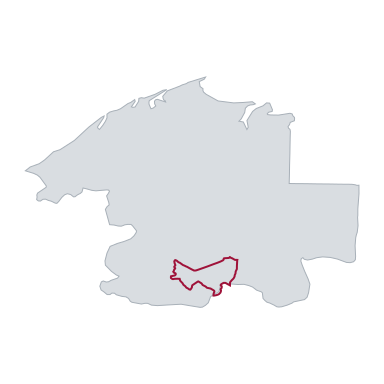 Sèbè-Brikolo, Haut-Ogooué, Gabon shown in context, rotated 91°
{"feature_id": "22940354B60180935649619", "entity_name": "Sèbè-Brikolo", "entity_type": "district", "adm_level": 2, "iso_a3": "GAB", "parent_name": "Gabon", "parent_adm1": "Haut-Ogooué", "projection": "equal_earth", "projection_center": [13.691, -0.557], "detail": "fine", "context": "in_parent", "style": "outline", "palette": "rose", "viewbox_px": 384, "rotation_deg": 91, "n_neighbors": 0, "source": "geoboundaries", "source_scale": "gbopen_adm2", "svg_char_len": 6298}
<svg xmlns="http://www.w3.org/2000/svg" viewBox="0 0 384 384"><g transform="rotate(91 192 192)"><path d="M259.9,32.6L259.7,36.3L256.5,45.5L255.0,52.6L254.6,60.2L255.5,66.2L257.0,70.5L258.0,75.3L257.3,78.6L255.7,80.0L256.8,81.6L259.1,82.0L263.0,80.6L269.0,78.1L276.9,74.4L282.1,72.5L290.7,73.7L295.2,75.1L297.6,77.6L300.1,88.5L301.4,90.1L303.4,94.7L305.2,100.3L305.5,103.1L305.3,105.1L303.6,108.1L301.6,112.5L300.9,115.1L299.3,117.1L297.2,119.1L291.5,119.9L290.6,121.0L289.0,125.7L286.0,129.7L284.6,133.4L283.4,138.4L283.7,144.6L283.1,153.6L282.4,159.6L284.0,161.7L290.8,163.2L292.1,164.4L293.9,168.1L296.3,171.6L302.5,173.8L305.0,176.5L306.9,179.5L307.2,181.9L305.8,191.6L304.4,200.9L304.9,208.0L305.4,214.7L306.2,224.6L305.8,230.6L304.1,234.3L304.1,237.1L304.9,240.6L303.3,250.2L302.3,251.8L299.5,253.6L298.0,256.2L297.6,260.2L296.1,265.8L294.5,267.8L294.5,270.4L296.0,272.2L296.0,275.1L293.2,278.6L291.5,281.2L287.8,282.5L283.5,281.1L282.5,279.2L283.5,276.2L283.2,273.8L281.7,271.3L279.4,264.9L277.4,263.5L276.3,266.2L272.8,271.1L266.7,277.3L262.4,277.8L254.5,275.9L247.8,272.9L244.7,265.6L242.8,259.5L239.9,252.4L236.7,249.1L233.3,247.0L231.8,246.8L227.0,250.7L225.5,252.3L225.5,255.6L226.0,258.7L226.7,260.2L227.4,262.1L227.3,265.2L226.4,269.3L226.1,273.8L210.9,278.3L208.2,276.7L206.3,274.6L204.0,275.0L197.4,277.3L195.0,275.7L192.6,274.5L191.5,275.5L191.4,277.4L192.5,288.1L192.1,292.1L190.7,297.4L189.9,301.0L193.9,302.0L195.4,303.7L196.8,306.4L198.8,308.9L198.9,310.4L196.7,313.2L195.9,316.6L197.0,319.3L199.7,322.1L203.7,325.0L205.7,326.9L205.5,328.6L203.7,332.4L202.9,335.5L201.7,338.3L201.9,340.9L203.7,343.4L203.6,345.5L202.3,347.2L199.8,346.8L197.7,347.1L195.8,346.4L189.9,338.0L188.6,337.7L180.0,344.2L177.8,346.9L176.1,350.7L173.7,359.0L169.8,354.2L166.4,345.3L162.5,339.9L154.2,331.2L152.0,324.7L142.5,310.5L128.9,296.3L119.0,284.0L117.5,281.2L119.2,281.6L128.7,287.7L130.0,287.0L131.1,285.6L127.0,282.4L123.0,279.9L119.4,278.3L115.7,278.4L113.6,275.8L112.3,271.8L111.6,268.5L110.0,264.9L104.7,257.6L103.5,254.8L100.6,250.9L102.4,250.4L107.9,254.1L108.4,252.6L108.0,250.4L102.3,246.9L99.3,246.7L98.6,244.3L99.0,241.4L95.0,230.7L90.8,222.8L90.1,219.0L101.4,236.3L102.9,236.6L104.9,236.5L109.5,234.5L108.7,232.2L106.6,229.7L104.5,230.9L101.9,231.1L100.5,230.1L99.9,228.3L102.5,219.9L101.3,220.3L100.5,221.8L99.0,222.5L96.8,222.9L91.3,218.4L86.4,206.2L85.1,203.7L83.7,199.5L82.5,197.8L76.8,180.4L79.0,181.7L81.5,186.7L86.5,185.7L88.5,182.8L90.2,182.9L91.9,182.2L94.1,179.5L100.5,167.5L102.2,151.8L101.6,142.5L100.7,133.2L102.8,130.2L103.6,132.2L104.0,135.5L105.0,137.9L107.3,140.1L111.6,140.7L118.1,144.1L120.4,146.3L121.1,141.9L128.6,138.2L126.3,136.9L119.6,138.3L110.4,132.8L107.4,129.2L104.6,122.5L101.6,119.0L101.8,115.9L108.4,113.0L110.1,113.3L110.9,116.8L112.6,118.2L113.3,117.7L113.6,114.7L113.6,106.8L111.6,95.4L112.2,93.2L114.0,92.5L115.6,90.9L116.8,90.7L119.0,90.9L120.1,93.6L120.7,95.0L123.0,95.7L124.8,97.1L126.4,96.7L127.7,95.1L129.7,94.7L135.7,94.8L141.1,94.8L151.9,94.8L162.8,94.9L173.6,94.9L181.8,95.0L181.8,88.5L181.7,78.4L181.7,66.6L181.6,55.2L181.6,44.7L181.5,32.3L182.0,28.7L182.5,27.2L182.3,25.2L190.7,25.0L205.9,25.9L212.5,25.8L214.4,26.0L222.7,25.4L229.4,26.1L232.3,27.0L234.8,27.5L242.9,28.0L253.4,27.3L256.9,27.5L258.9,29.2L259.9,32.6Z" fill="#d9dde1" stroke="#a8b0b8" stroke-width="1"/><path d="M259.1,145.5L259.1,146.7L259.1,147.6L259.0,148.1L258.6,148.8L258.2,149.6L257.8,150.2L257.5,150.8L257.4,151.4L257.0,152.1L256.6,152.6L256.4,153.0L256.5,153.2L256.9,153.4L257.1,153.6L257.3,154.1L257.4,155.2L257.5,156.2L257.6,157.8L257.8,158.9L258.1,159.1L258.5,159.2L258.9,159.2L259.3,159.4L259.6,159.7L260.0,160.2L260.2,160.7L261.0,162.2L262.3,165.3L264.0,169.8L265.8,174.3L267.8,179.6L269.9,185.3L270.4,186.8L270.5,187.8L270.5,188.6L270.1,189.4L269.4,190.9L268.0,193.6L266.9,195.6L266.6,196.5L266.1,197.5L265.6,198.6L265.3,199.5L264.9,200.2L264.5,200.7L263.4,202.3L262.9,203.0L262.7,203.7L262.4,204.3L261.9,205.0L261.5,205.3L261.0,206.0L260.7,206.6L260.4,207.3L260.5,207.8L260.8,208.0L261.1,208.2L261.4,208.4L261.6,208.5L262.0,208.4L262.3,208.3L262.8,208.3L263.1,208.3L263.5,208.1L264.0,207.9L264.6,207.7L265.2,207.4L265.7,207.4L266.1,207.7L266.4,208.0L266.9,208.4L267.2,208.4L267.6,208.3L267.8,208.1L268.0,207.9L268.4,207.5L268.8,207.5L269.1,207.7L269.4,208.1L269.7,208.3L270.1,208.5L270.5,208.7L271.3,208.8L271.8,209.1L272.1,209.3L272.3,209.1L272.6,208.8L273.1,208.4L273.3,207.8L273.6,207.1L273.9,206.9L274.3,206.8L274.8,206.9L275.3,207.2L275.6,207.6L275.8,208.1L276.0,208.9L276.2,209.8L276.4,210.4L276.5,210.9L276.6,211.5L277.0,211.6L277.9,211.6L278.4,211.5L278.8,210.9L279.2,210.4L279.4,210.0L279.4,209.4L279.4,208.9L279.2,208.3L279.1,207.7L279.1,206.6L279.0,205.5L279.0,204.4L279.0,202.8L279.5,202.6L280.4,202.5L281.0,202.2L281.8,201.4L282.5,200.7L283.4,199.8L284.0,199.5L285.0,198.9L285.5,198.2L286.4,197.0L287.2,196.4L287.6,196.1L287.9,195.7L288.2,194.9L289.1,193.5L289.4,193.2L289.6,192.5L289.6,191.9L289.2,191.6L288.7,191.2L288.0,190.8L287.5,190.5L286.9,190.4L285.9,190.3L285.2,190.0L281.7,185.0L281.4,184.5L281.3,184.1L281.7,183.4L283.2,180.9L283.8,180.4L284.2,180.2L284.8,179.7L286.2,176.9L286.6,176.3L287.1,175.9L287.5,175.3L287.8,173.8L288.0,172.8L288.2,171.7L288.7,170.9L289.4,169.6L290.0,168.6L290.4,168.1L290.9,167.9L291.8,168.0L292.3,168.3L293.0,168.5L293.6,168.7L295.2,168.7L295.2,168.2L295.1,167.7L294.9,166.7L294.8,166.2L294.6,165.5L294.3,164.6L293.9,163.7L293.6,163.2L292.9,162.6L292.2,161.9L291.5,161.6L290.9,161.4L290.4,161.3L289.9,161.3L289.5,161.5L289.1,161.6L288.6,161.6L288.4,161.5L288.1,161.3L287.9,161.0L287.5,160.8L287.1,160.7L286.5,160.6L285.9,160.6L285.5,160.8L285.4,161.1L285.1,161.4L284.8,161.7L284.4,161.7L284.1,161.5L283.8,161.2L283.5,160.9L283.1,160.2L282.8,159.6L282.5,159.1L282.3,158.8L282.3,158.3L282.3,157.6L282.3,157.0L282.5,156.6L282.8,156.0L283.1,155.5L283.5,154.7L283.8,154.2L284.1,153.5L284.5,152.8L284.7,152.4L283.1,152.4L281.7,152.4L281.4,152.1L280.8,151.8L280.5,151.5L280.0,151.1L279.4,150.6L278.9,150.1L278.0,149.2L277.3,148.7L276.6,148.4L276.3,148.2L275.9,148.0L275.3,147.9L274.9,147.9L274.3,147.8L273.7,147.5L273.2,147.3L272.7,147.1L271.4,147.0L270.6,146.9L270.0,146.6L269.1,146.2L268.7,146.0L268.2,145.8L264.9,145.8L262.3,145.7L259.6,145.6L259.1,145.5Z" fill="none" stroke="#9f1239" stroke-width="2"/></g></svg>